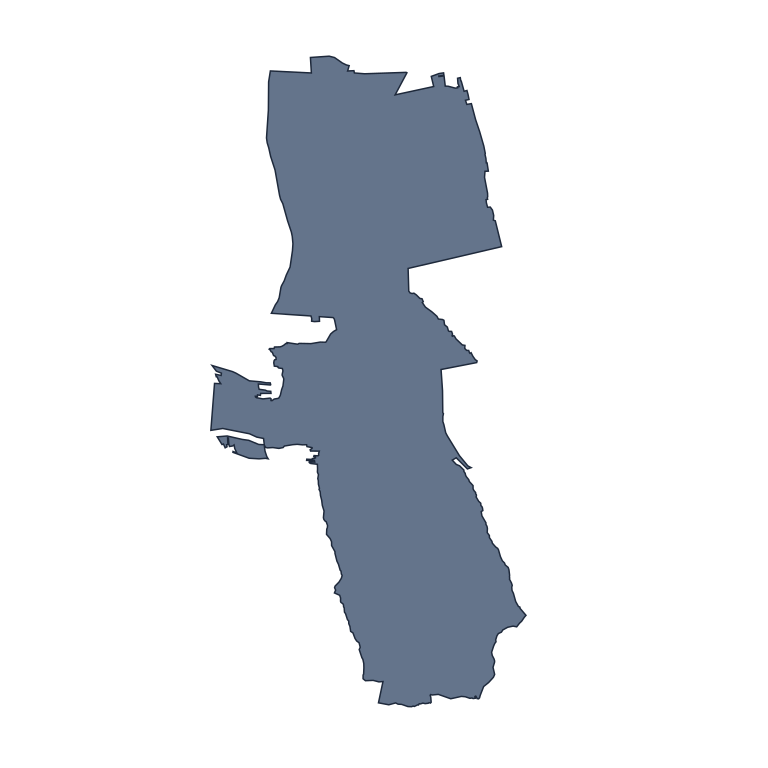 outline of Buciumeni, Galati, Romania, rotated 188°
{"feature_id": "2599482B94255718808377", "entity_name": "Buciumeni", "entity_type": "district", "adm_level": 2, "iso_a3": "ROU", "parent_name": "Romania", "parent_adm1": "Galati", "projection": "mercator", "projection_center": [27.317, 46.006], "detail": "fine", "context": "isolated", "style": "filled", "palette": "slate", "viewbox_px": 768, "rotation_deg": 188, "n_neighbors": 0, "source": "geoboundaries", "source_scale": "gbopen_adm2", "svg_char_len": 6101}
<svg xmlns="http://www.w3.org/2000/svg" viewBox="0 0 768 768"><g transform="rotate(188 384 384)"><path d="M551.9,361.0L549.0,314.0L537.5,317.5L510.3,316.0L502.6,313.7L495.7,313.3L494.1,307.2L499.7,306.7L510.1,309.4L516.7,309.4L532.1,310.7L541.8,308.5L536.0,301.5L534.6,302.2L532.4,298.7L530.7,300.0L531.4,302.0L530.2,302.4L531.4,309.0L530.6,308.9L529.3,302.8L528.3,300.6L525.2,301.6L524.0,302.8L522.8,299.3L520.1,295.2L524.1,296.2L524.1,295.3L507.2,291.7L497.3,292.5L491.0,293.9L488.3,293.8L490.0,295.9L492.5,301.0L493.8,305.7L493.3,305.9L492.5,304.8L490.7,304.5L485.2,305.6L479.1,305.6L475.1,307.0L474.0,308.7L466.0,311.2L461.5,312.2L456.3,312.4L452.2,313.1L451.6,311.3L446.4,311.0L446.3,310.2L448.0,308.6L447.4,307.4L438.7,308.5L439.1,306.0L438.8,304.2L439.4,303.7L443.3,303.4L443.5,302.1L441.7,302.2L441.6,301.3L443.2,300.2L444.6,300.1L444.5,299.3L450.0,298.8L450.0,297.6L442.2,298.5L441.7,297.0L447.2,296.5L447.2,296.2L446.7,296.2L446.6,295.5L445.6,295.7L445.4,295.1L438.8,295.2L438.0,290.8L437.7,287.5L436.3,285.1L436.4,281.1L435.6,279.2L435.0,275.6L433.4,271.8L433.7,270.7L432.2,268.4L431.4,264.8L429.5,260.1L428.2,255.2L425.7,249.9L425.4,243.2L424.8,241.7L423.6,240.3L422.1,239.6L420.2,236.0L420.1,233.8L420.5,232.3L420.0,227.1L415.8,223.4L414.0,220.5L413.4,216.7L409.2,211.1L409.0,209.5L406.0,202.1L404.0,199.1L401.5,193.5L400.5,192.7L399.8,189.9L398.8,188.6L399.2,185.7L401.0,181.6L404.3,177.1L404.6,175.4L403.2,173.2L404.0,170.2L398.5,168.6L397.2,166.0L396.8,162.8L396.3,161.8L394.1,160.6L393.4,159.6L393.0,157.7L392.3,156.9L391.4,152.6L390.1,151.2L387.4,145.6L386.0,144.4L385.5,141.7L384.0,139.2L382.6,134.4L380.1,133.2L377.3,128.0L375.3,125.7L372.7,124.3L370.9,120.0L371.6,117.6L367.8,109.9L366.6,108.4L365.1,104.3L364.4,100.1L363.8,93.8L364.2,92.9L363.7,89.2L361.1,87.6L353.5,89.0L347.6,88.3L343.6,89.2L345.1,67.5L334.6,67.0L328.1,69.8L325.5,68.9L322.0,69.2L315.4,67.9L311.7,68.3L310.4,69.1L309.1,68.9L305.6,71.2L305.1,71.0L304.6,72.3L303.3,72.3L301.1,73.4L298.8,73.2L295.8,74.0L295.0,74.7L293.6,74.5L293.0,75.4L294.1,80.4L295.0,82.2L294.5,83.0L293.2,82.7L287.0,84.2L274.1,81.6L263.9,85.4L260.0,85.6L255.2,84.7L253.2,85.3L252.0,84.9L249.9,85.5L250.5,87.0L250.1,87.6L249.5,87.6L248.0,85.4L246.5,85.4L245.7,86.5L245.4,89.0L243.2,98.3L238.8,103.0L235.9,107.2L234.8,108.9L234.0,111.8L236.6,118.6L235.8,123.8L235.9,125.1L236.8,127.1L239.0,130.2L240.1,133.3L239.0,139.6L238.2,142.5L237.2,144.3L237.8,146.2L237.1,150.4L236.0,152.8L233.2,154.6L232.1,157.0L227.7,160.3L222.5,162.2L218.8,162.0L216.5,166.0L214.7,168.2L212.6,172.5L211.2,174.7L217.9,180.6L218.4,182.0L219.9,182.4L223.3,186.9L226.7,194.7L228.5,197.4L229.2,200.6L229.0,202.5L230.2,204.9L232.6,208.2L232.5,209.3L232.9,210.4L233.0,212.1L234.4,217.4L235.5,219.6L238.8,221.7L239.7,223.5L242.2,225.4L244.7,229.3L247.5,235.6L248.5,237.0L250.8,238.2L254.6,241.5L255.2,243.2L258.2,246.5L258.6,248.7L261.1,251.2L261.5,255.4L262.2,257.4L263.6,259.3L263.7,260.7L268.7,267.1L270.0,271.2L268.5,272.4L269.2,274.9L270.0,276.3L271.1,277.1L271.6,279.4L273.9,281.0L277.1,285.0L276.9,286.0L277.1,287.1L277.9,288.0L278.2,289.3L280.2,291.1L281.2,292.6L281.7,295.8L285.9,299.3L286.8,301.1L289.5,303.6L290.5,305.0L291.2,306.9L292.7,308.5L292.9,309.9L297.7,313.5L301.2,314.4L305.8,318.1L302.2,321.0L289.6,311.5L286.1,313.3L289.6,314.6L299.3,323.5L314.1,341.5L316.1,344.3L319.1,352.2L320.5,355.0L321.2,360.0L321.0,362.9L321.8,363.8L325.1,385.5L329.5,406.3L295.2,418.1L295.0,419.8L297.1,420.9L299.9,423.9L302.1,427.1L303.0,426.3L303.6,426.7L304.8,429.0L306.9,428.8L309.0,430.5L309.2,433.5L311.9,433.6L319.0,438.7L321.0,441.3L321.8,441.5L322.8,440.8L323.3,441.1L323.1,443.0L324.4,445.5L326.9,445.2L327.7,445.8L329.2,449.2L332.3,451.1L333.5,455.4L335.0,456.0L339.2,455.9L341.0,458.4L346.4,462.0L353.7,465.9L357.4,470.0L356.6,471.0L358.2,473.7L360.5,473.8L364.3,476.7L367.0,478.1L368.8,477.5L370.8,477.8L372.4,479.4L376.2,501.8L286.6,536.4L296.5,561.1L298.5,561.5L298.8,566.1L300.8,571.3L303.4,574.0L306.0,573.4L307.8,577.6L308.6,580.8L307.1,581.3L307.6,582.7L307.4,583.9L308.0,587.4L313.2,602.6L313.6,608.7L310.3,609.3L312.6,617.0L312.9,617.5L313.5,617.3L314.5,621.7L315.9,625.3L315.8,626.4L318.3,633.6L324.3,647.0L330.1,658.6L336.5,673.8L340.9,672.4L342.8,676.3L339.4,677.6L341.0,682.2L342.7,686.2L345.4,685.0L349.7,694.8L350.2,695.0L351.1,698.0L353.7,697.0L352.6,691.9L350.9,689.0L352.6,688.5L352.3,687.6L354.5,686.9L362.0,687.8L364.8,687.5L367.4,697.4L372.4,696.1L372.6,696.6L367.6,698.0L368.3,700.4L372.7,699.1L380.0,695.2L376.2,685.5L413.2,671.9L404.6,695.4L405.4,695.7L446.4,688.5L456.6,687.9L457.4,690.1L463.6,688.9L462.8,694.4L465.6,694.7L470.0,696.1L478.4,700.4L483.9,701.0L502.3,697.1L499.2,681.9L540.1,678.2L540.3,667.1L536.6,639.0L534.6,611.3L533.2,606.5L531.0,601.8L527.9,593.5L521.7,580.8L513.7,556.3L512.1,552.5L509.3,548.5L502.2,532.2L496.9,521.6L495.4,517.4L493.7,510.2L493.2,503.2L493.3,486.7L495.9,478.4L497.2,472.2L499.1,467.2L499.5,465.3L499.8,454.8L500.8,450.9L502.6,447.3L505.4,438.3L465.8,441.2L464.7,438.8L464.4,436.1L461.5,436.1L456.6,437.1L457.4,441.7L443.6,442.7L442.5,441.8L441.7,440.1L438.5,431.2L441.3,429.0L443.8,426.1L447.2,417.7L447.8,417.2L453.1,416.6L462.0,413.8L473.7,412.4L475.0,411.4L485.8,411.5L485.6,410.6L486.9,410.4L488.6,408.5L490.4,407.1L492.1,406.3L497.6,405.4L497.8,403.8L502.1,403.2L502.6,402.5L501.4,401.8L500.3,400.3L499.0,399.8L497.3,396.8L496.2,396.6L494.6,395.3L494.3,393.3L495.7,392.7L496.1,391.7L496.1,389.6L495.1,386.4L491.6,386.5L491.2,385.6L490.4,385.2L486.8,385.2L485.9,382.9L486.2,379.4L486.0,378.3L484.2,375.7L483.9,374.5L483.8,368.0L484.6,364.2L485.1,358.4L486.2,355.5L487.0,355.0L490.7,353.8L492.6,351.9L493.6,351.9L493.7,353.5L494.8,354.2L501.8,352.4L508.5,352.7L509.5,353.3L509.7,353.9L507.6,354.2L507.7,355.6L504.8,355.5L504.8,357.5L494.6,359.0L495.1,361.0L498.7,360.8L500.7,361.4L506.9,361.4L507.8,363.5L508.4,366.5L496.3,367.2L496.1,367.5L496.8,369.3L500.6,368.8L506.3,369.0L517.8,368.4L532.0,374.1L535.7,375.2L556.8,378.4L551.8,373.4L546.5,372.1L546.5,369.8L552.1,370.2L551.1,367.8L550.2,367.8L548.0,364.2L545.7,361.6L551.9,361.0Z" fill="#64748b" stroke="#1e293b" stroke-width="1.5"/></g></svg>